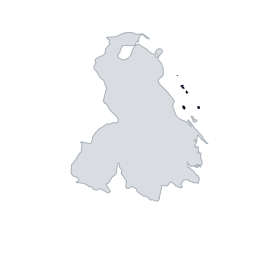 where Dependencias Federales sits in Venezuela, rotated 54°
{"feature_id": "VEN-44", "entity_name": "Dependencias Federales", "entity_type": "Federal Dependency", "adm_level": 1, "iso_a3": "VEN", "parent_name": "Venezuela", "parent_adm1": "", "projection": "orthographic", "projection_center": [-66.343, 11.477], "detail": "fine", "context": "in_parent", "style": "filled", "palette": "ink", "viewbox_px": 256, "rotation_deg": 54, "n_neighbors": 0, "source": "natural_earth", "source_scale": "10m", "svg_char_len": 4536}
<svg xmlns="http://www.w3.org/2000/svg" viewBox="0 0 256 256"><g transform="rotate(54 128 128)"><path d="M211.4,100.5L213.8,103.5L213.6,104.3L212.1,105.0L211.3,106.8L209.5,107.6L206.9,109.8L205.2,110.0L202.7,113.6L204.1,116.4L203.8,117.8L204.5,118.5L207.5,118.5L207.8,119.2L207.4,120.4L206.9,121.1L202.8,123.5L200.8,123.3L200.0,124.0L197.4,124.5L196.7,125.9L197.4,127.7L197.7,130.7L194.4,134.3L202.7,143.5L203.6,144.0L204.5,146.1L204.2,147.5L202.8,149.0L200.7,150.1L199.5,152.1L198.2,152.5L195.9,152.4L194.8,153.5L193.4,153.9L192.4,155.4L184.8,157.9L181.5,157.2L177.7,159.0L177.0,163.4L175.8,164.5L174.4,164.5L169.6,160.1L167.2,160.7L165.6,160.2L160.9,160.3L158.7,157.8L153.8,157.7L151.9,156.0L151.0,156.0L150.7,156.6L152.6,159.4L158.3,164.7L158.4,169.6L161.1,176.3L160.6,178.5L162.2,179.1L169.0,179.6L169.0,182.0L168.1,183.1L166.7,183.3L163.2,185.1L161.1,185.7L159.8,189.7L158.6,190.9L157.3,191.8L155.0,191.8L151.8,194.4L150.7,194.3L148.0,195.6L143.7,199.3L142.3,201.5L141.2,201.6L141.7,199.6L141.1,198.6L140.1,198.0L139.2,197.9L138.0,198.4L134.8,200.4L131.7,200.8L130.0,199.9L124.3,194.8L124.2,193.1L122.8,189.0L119.9,181.5L120.0,180.0L115.4,176.2L114.7,174.9L112.9,174.4L111.7,174.9L112.0,173.6L118.2,168.2L118.7,167.0L116.3,163.5L115.0,162.5L114.2,161.3L112.7,157.0L112.3,153.7L111.7,153.0L112.4,145.1L112.2,143.3L112.6,142.0L113.8,141.0L114.5,139.6L114.6,137.7L115.4,136.1L116.7,134.9L117.1,133.7L116.6,131.7L115.5,130.9L111.8,130.3L110.7,130.9L103.9,131.9L100.5,131.9L98.0,131.3L96.0,131.5L93.8,132.6L92.6,131.9L91.7,132.2L82.8,121.5L79.6,121.2L75.1,119.6L71.6,120.8L70.1,120.9L63.9,120.2L60.4,120.7L59.0,120.1L58.0,119.2L56.5,115.7L54.1,115.1L53.2,113.7L53.6,108.0L54.7,106.5L54.3,103.9L54.0,102.7L50.9,99.5L49.4,93.2L47.3,92.9L46.7,91.5L46.1,91.2L44.4,92.0L42.6,92.3L42.2,92.0L46.9,84.4L48.8,75.5L51.2,71.1L54.3,67.6L56.8,66.6L60.6,60.6L68.6,58.2L66.4,60.0L61.7,61.1L60.5,61.8L60.6,63.8L62.0,66.7L64.4,69.1L63.2,69.3L63.7,71.3L64.8,72.8L64.9,73.7L63.9,76.4L60.2,80.6L58.2,84.3L59.6,86.6L59.8,87.7L62.5,90.6L62.2,91.7L63.4,94.0L65.3,94.3L69.0,93.0L71.0,90.6L71.5,86.0L71.2,84.4L69.0,80.3L67.4,78.8L66.1,75.3L65.5,72.1L66.6,71.4L66.5,69.7L69.1,69.3L74.7,66.7L78.2,66.1L82.1,64.7L83.9,62.9L84.5,62.7L86.5,63.9L87.5,63.5L88.0,62.6L87.4,61.0L82.7,61.5L81.6,58.1L82.6,55.4L85.2,54.4L86.9,56.0L88.1,60.9L89.7,63.4L94.7,63.0L99.8,64.2L105.2,67.7L106.8,71.3L106.1,72.2L106.5,73.8L107.2,75.3L108.4,76.3L111.8,76.6L123.0,74.8L132.3,74.6L134.1,75.3L134.3,76.6L137.3,79.4L146.5,81.8L150.0,81.4L158.4,76.7L162.8,76.8L164.1,76.1L162.5,75.4L158.7,75.2L157.6,75.6L157.0,74.5L162.3,74.0L167.1,74.3L170.9,73.4L174.0,73.4L177.1,72.8L182.9,73.3L187.4,72.7L186.9,73.5L183.0,74.2L181.2,75.3L177.2,75.2L174.4,75.6L175.3,75.9L175.3,77.1L176.1,77.3L177.4,78.7L177.7,79.9L176.7,81.7L177.8,81.5L178.5,80.9L178.4,79.6L179.1,79.8L182.0,85.1L183.3,83.8L184.1,84.6L184.1,82.6L185.1,82.6L187.2,83.9L189.5,87.0L189.0,84.6L190.8,84.6L191.3,83.6L194.8,86.9L198.6,87.8L201.4,90.2L200.8,91.5L199.2,92.2L198.5,92.9L197.3,97.0L195.8,100.1L191.1,100.2L195.1,102.6L196.5,101.5L198.5,101.4L201.5,100.1L205.5,100.6L207.3,99.5L209.5,99.6L211.4,100.5ZM162.6,68.0L163.0,69.7L161.7,71.2L160.0,71.2L158.7,70.3L157.9,70.5L155.6,70.0L156.3,69.1L158.0,68.6L159.3,69.7L160.3,69.7L160.6,68.9L162.0,67.6L162.6,68.0ZM200.6,95.5L198.1,96.9L198.0,95.6L199.9,94.0L200.8,94.9L200.6,95.5ZM145.4,71.0L144.7,71.3L142.8,70.6L143.2,70.2L144.3,70.2L145.4,71.0ZM201.1,93.1L199.6,93.6L200.0,92.6L201.6,92.1L202.2,92.2L201.1,93.1Z" fill="#d9dde1" stroke="#a8b0b8" stroke-width="1"/><path d="M145.2,70.4L145.3,70.4L145.4,70.5L145.5,70.9L145.5,71.1L145.3,71.2L145.0,71.3L145.0,71.2L144.8,71.2L144.6,71.2L144.1,71.2L143.8,71.2L143.6,71.1L143.4,71.0L143.2,71.0L142.9,70.8L143.0,70.5L143.3,70.3L143.6,70.3L143.9,70.1L144.2,70.1L144.9,70.4L145.0,70.4L145.2,70.4ZM153.0,58.2L153.1,58.3L153.5,58.6L153.6,58.8L153.7,59.0L153.5,59.3L153.0,59.3L152.7,59.2L152.4,59.1L152.5,59.0L152.4,58.8L152.6,58.7L152.8,58.4L153.0,58.2ZM133.8,59.3L134.1,59.2L134.1,59.3L134.2,59.6L134.0,59.8L133.6,59.8L133.2,59.6L133.0,59.3L133.4,59.3L133.8,59.3ZM127.8,59.8L128.0,59.8L127.8,60.0L127.4,60.1L126.9,60.0L126.6,59.8L127.0,59.9L127.3,59.8L127.5,59.6L127.7,59.3L127.8,59.3L127.9,59.5L127.8,59.8ZM126.2,58.7L126.4,58.7L126.5,58.7L126.2,58.7L126.0,58.8L125.7,58.7L125.2,58.7L126.2,58.7ZM126.0,59.9L126.3,59.8L125.7,60.0L125.3,60.2L125.2,60.2L125.0,60.3L124.7,60.2L125.0,60.2L125.3,60.2L126.0,59.9ZM114.6,57.2L114.8,57.2L114.7,57.2L114.4,57.1L114.5,57.1L114.6,57.2Z" fill="#0f172a" stroke="#020617" stroke-width="1.5"/></g></svg>